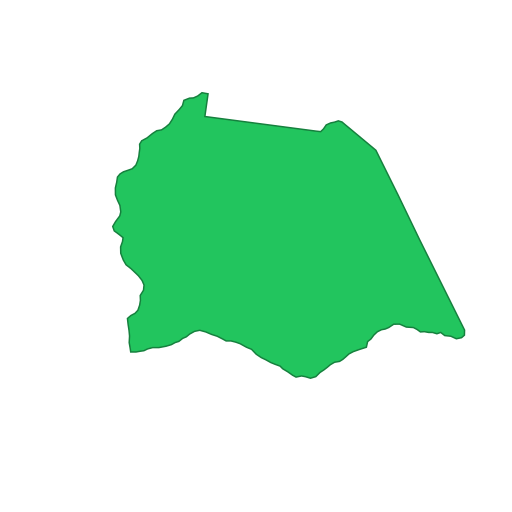 Canápolis, Bahia, Brazil (orthographic projection), rotated 331°
{"feature_id": "56859067B78655740096110", "entity_name": "Canápolis", "entity_type": "district", "adm_level": 2, "iso_a3": "BRA", "parent_name": "Brazil", "parent_adm1": "Bahia", "projection": "orthographic", "projection_center": [-44.237, -13.1], "detail": "fine", "context": "isolated", "style": "filled", "palette": "green", "viewbox_px": 512, "rotation_deg": 331, "n_neighbors": 0, "source": "geoboundaries", "source_scale": "gbopen_adm2", "svg_char_len": 1988}
<svg xmlns="http://www.w3.org/2000/svg" viewBox="0 0 512 512"><g transform="rotate(331 256 256)"><path d="M99.9,279.2L104.6,281.8L108.7,283.2L112.1,284.5L116.1,284.7L121.2,286.0L126.6,289.0L133.6,291.3L139.0,292.5L143.4,292.5L147.1,293.3L151.9,292.5L155.9,292.9L160.1,292.1L165.7,292.1L170.8,293.7L175.3,298.1L179.1,303.0L183.2,307.4L186.5,312.3L188.7,315.8L193.0,318.2L196.6,321.6L199.6,325.0L203.4,331.1L206.9,335.5L208.6,342.1L211.4,347.5L214.2,351.4L217.3,356.4L220.3,360.1L223.7,364.0L224.7,367.6L227.7,372.8L230.2,378.0L232.3,381.3L237.7,383.0L240.8,385.6L244.4,389.3L249.8,390.5L255.5,388.9L260.4,388.5L264.4,387.9L268.4,387.1L273.2,387.0L278.0,388.7L281.8,388.5L285.6,387.7L289.8,386.7L294.7,386.8L301.3,387.9L308.3,389.3L312.1,385.0L316.3,384.3L320.7,382.3L325.4,381.1L330.0,381.3L333.6,382.5L337.4,382.9L343.4,382.4L348.6,385.2L353.0,391.0L359.0,394.9L361.3,398.4L363.0,402.1L366.6,403.8L370.0,406.6L373.3,408.4L376.5,411.7L380.5,412.4L382.5,417.1L387.5,420.6L391.1,425.5L396.2,427.1L399.9,426.3L402.5,421.9L407.0,320.8L409.8,272.0L412.1,221.6L399.5,189.1L397.8,184.8L396.2,180.5L393.5,177.7L389.6,177.0L385.8,175.8L381.0,175.4L376.6,177.6L372.9,178.6L369.2,176.0L278.9,109.2L292.7,90.9L287.9,87.0L282.5,87.8L277.9,87.4L274.4,85.7L268.4,84.9L264.6,88.8L259.8,90.7L253.8,92.6L249.3,95.8L244.3,98.5L239.3,99.5L234.5,99.9L229.9,98.3L224.7,98.7L217.9,99.9L211.9,99.8L208.4,101.8L206.6,105.5L204.0,109.0L201.8,112.1L198.6,115.4L195.0,118.3L190.0,119.7L185.3,118.9L180.9,118.1L176.9,118.3L173.1,119.8L169.9,124.0L166.0,128.3L162.7,134.4L161.9,140.1L161.5,145.8L159.1,151.9L156.3,154.9L149.9,157.8L145.0,160.7L144.2,165.3L146.8,171.0L148.6,175.5L146.2,178.7L142.0,182.4L139.0,188.1L138.0,195.1L138.1,200.7L140.6,206.6L143.6,216.3L144.5,222.2L144.0,227.1L141.0,231.4L135.6,234.4L133.4,238.8L130.4,242.6L126.4,246.2L122.4,247.5L117.8,247.4L113.3,248.3L111.0,253.8L108.8,259.7L106.6,264.7L103.1,270.3L101.3,275.5L99.9,279.2Z" fill="#22c55e" stroke="#15803d" stroke-width="1.5"/></g></svg>